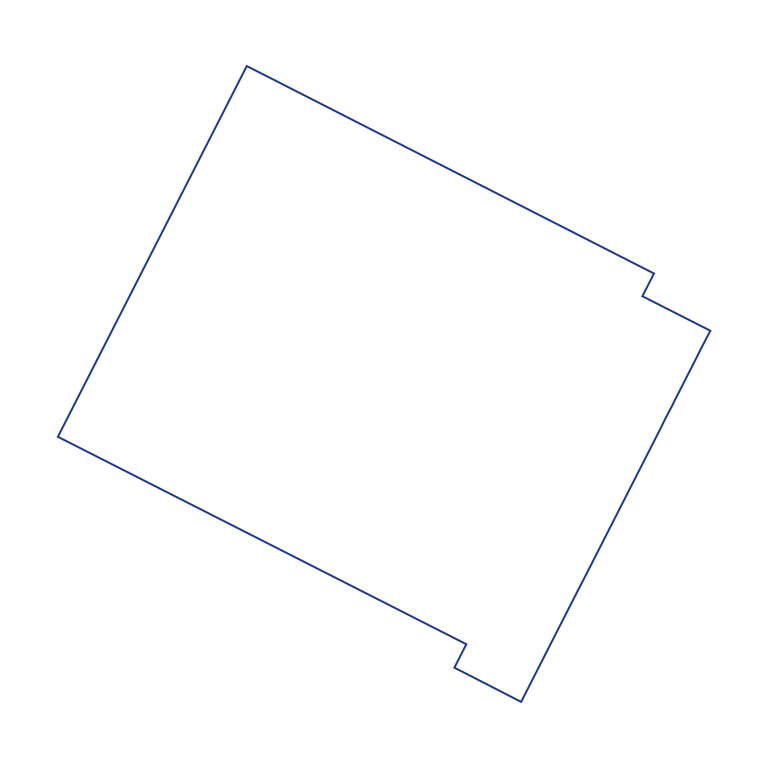 outline of Nowata, Oklahoma, United States of America, rotated 117°
{"feature_id": "52423323B4751311767489", "entity_name": "Nowata", "entity_type": "district", "adm_level": 2, "iso_a3": "USA", "parent_name": "United States of America", "parent_adm1": "Oklahoma", "projection": "robinson", "projection_center": [-95.646, 36.798], "detail": "fine", "context": "isolated", "style": "outline", "palette": "blue", "viewbox_px": 768, "rotation_deg": 117, "n_neighbors": 0, "source": "geoboundaries", "source_scale": "gbopen_adm2", "svg_char_len": 526}
<svg xmlns="http://www.w3.org/2000/svg" viewBox="0 0 768 768"><g transform="rotate(117 384 384)"><path d="M188.4,117.4L188.5,193.6L163.0,193.6L163.0,439.0L163.0,650.6L579.1,650.6L578.5,192.5L604.8,192.5L605.0,117.5L604.9,117.5L490.7,117.5L478.8,117.5L465.7,117.4L422.6,117.4L380.3,117.4L376.1,117.4L366.9,117.4L360.6,117.4L323.0,117.4L312.3,117.4L298.6,117.4L287.4,117.6L272.3,117.4L267.4,117.5L263.9,117.5L237.7,117.5L232.7,117.5L217.9,117.5L208.2,117.6L188.4,117.4Z" fill="none" stroke="#1e3a8a" stroke-width="2"/></g></svg>